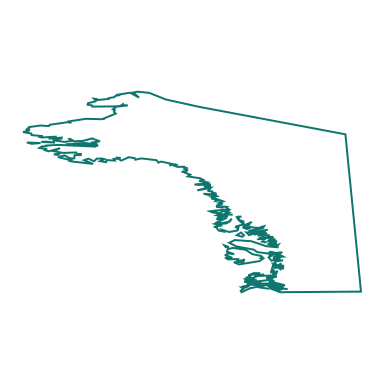 an SVG outline of Qaasuitsup Kommunia
{"feature_id": "GRL-2743", "entity_name": "Qaasuitsup Kommunia", "entity_type": "state/province", "adm_level": 1, "iso_a3": "GRL", "parent_name": "Greenland", "parent_adm1": "", "projection": "natural_earth1", "projection_center": [-56.716, 74.362], "detail": "fine", "context": "isolated", "style": "outline", "palette": "teal", "viewbox_px": 384, "rotation_deg": 0, "n_neighbors": 0, "source": "natural_earth", "source_scale": "10m", "svg_char_len": 6044}
<svg xmlns="http://www.w3.org/2000/svg" viewBox="0 0 384 384"><path d="M77.0,154.0L76.1,152.5L63.0,152.9L53.4,151.1L60.1,148.2L48.7,151.3L43.7,149.8L47.2,149.2L39.4,148.0L41.8,146.4L47.4,146.2L45.1,145.6L58.3,144.9L96.0,146.6L95.0,146.3L98.2,145.5L65.5,144.4L84.3,142.9L97.6,144.7L93.0,142.4L99.9,141.3L92.6,138.7L93.3,138.2L82.7,140.9L74.1,141.3L70.2,138.9L69.3,139.0L71.3,141.0L64.4,141.9L52.7,140.2L61.5,138.6L61.7,137.6L48.6,138.7L56.7,136.6L41.6,137.5L40.3,137.1L42.9,136.1L31.6,135.1L31.3,133.5L23.0,132.1L29.9,130.3L25.7,129.9L28.6,128.7L27.9,128.3L29.0,127.1L40.6,125.5L48.9,126.1L49.7,124.8L67.6,122.2L71.5,122.8L67.4,121.6L86.0,118.8L101.2,119.2L104.8,118.8L103.5,118.6L115.7,113.6L113.9,111.8L114.8,110.2L112.9,109.3L114.9,107.9L114.0,107.0L127.8,105.4L123.7,105.2L123.1,104.0L120.2,106.0L115.3,106.4L92.3,106.6L92.1,105.5L87.6,104.7L88.0,103.2L95.7,101.3L96.2,100.2L109.6,98.8L107.7,98.3L114.6,97.1L115.3,95.9L118.6,95.3L117.9,94.7L130.1,92.7L139.1,97.6L133.2,92.5L137.5,91.7L149.4,92.9L165.8,99.5L199.4,106.9L345.4,134.3L361.0,291.6L280.2,292.2L276.2,290.7L279.5,290.0L283.4,288.6L287.7,289.2L283.3,288.5L274.5,290.4L275.8,289.8L270.6,288.9L274.5,288.8L283.5,286.9L277.1,285.8L275.8,286.7L278.8,286.8L272.4,288.2L269.9,286.2L274.7,286.2L273.9,284.7L267.4,285.5L270.5,287.2L268.7,288.7L258.0,287.2L266.9,284.8L249.9,288.3L241.6,292.3L240.7,290.7L243.3,288.9L241.4,287.4L246.5,287.5L243.9,286.3L245.2,286.0L246.0,286.9L247.6,287.0L246.3,286.7L249.2,286.2L246.0,285.8L251.2,284.7L246.6,284.0L259.6,285.6L261.4,284.8L252.8,284.6L247.8,282.4L248.4,281.6L244.1,282.0L246.0,281.5L248.3,281.3L256.6,283.3L252.2,281.6L262.9,283.7L271.7,283.3L279.8,285.9L284.9,285.2L268.9,281.2L274.8,281.4L269.5,280.4L272.3,279.7L272.1,277.8L276.8,276.6L275.9,276.4L266.2,277.9L271.4,279.7L256.5,281.5L255.7,279.8L250.5,280.2L254.7,278.8L245.5,280.1L244.9,279.2L248.6,279.4L257.1,276.3L254.3,276.1L272.2,275.5L273.6,275.2L273.0,273.3L275.7,274.6L276.3,273.6L274.0,272.8L278.1,271.3L270.3,272.6L274.2,269.6L271.5,270.4L272.7,266.5L276.7,266.7L273.8,268.0L278.1,267.5L281.4,270.0L279.9,268.5L282.2,267.6L283.2,269.2L283.1,267.5L277.4,266.6L284.1,265.8L280.0,265.3L281.2,263.3L278.5,265.2L272.2,265.3L275.2,264.1L273.7,263.4L275.5,263.2L275.1,261.4L283.1,260.4L274.9,260.6L276.0,258.4L280.5,259.1L275.7,257.3L283.1,256.6L278.1,254.1L282.3,252.3L270.0,253.5L274.8,252.6L270.4,251.8L267.8,253.5L257.2,252.1L253.6,249.6L236.6,246.5L229.2,242.8L234.8,240.1L251.2,241.2L266.2,246.2L278.5,247.4L276.7,246.7L278.4,244.6L272.9,246.3L268.6,244.1L270.4,243.2L274.1,245.0L275.9,244.5L273.1,243.0L276.8,242.8L271.5,242.7L271.7,241.1L267.3,241.6L269.6,240.3L274.8,241.7L277.0,241.5L273.6,240.3L274.4,239.4L261.0,237.1L270.0,238.0L273.5,237.1L266.6,236.3L269.7,235.2L257.5,235.5L266.0,233.2L264.6,231.8L253.8,234.7L257.3,233.2L257.3,231.8L267.8,229.8L255.2,231.7L248.5,230.9L262.8,228.2L264.1,226.2L258.2,228.0L245.1,226.5L249.5,224.6L249.3,223.4L251.9,221.9L243.9,225.5L243.4,221.4L239.8,220.2L238.0,217.0L241.5,216.6L237.7,216.7L236.7,217.1L238.2,219.6L243.5,224.4L237.4,226.1L239.2,227.6L235.2,226.5L238.2,229.0L237.5,230.5L229.1,232.0L221.7,229.8L223.2,231.5L218.5,230.5L216.5,227.7L217.8,227.6L213.8,226.9L221.4,225.5L220.6,223.9L226.2,223.4L229.7,221.6L231.7,218.7L228.7,221.8L221.3,223.2L217.3,222.2L225.8,218.3L225.0,216.6L228.1,216.5L216.7,215.2L219.0,214.1L232.7,214.7L224.2,214.1L228.6,212.6L225.7,211.8L229.9,210.2L225.2,210.1L229.0,209.4L226.1,207.4L226.8,206.9L216.1,205.9L220.3,204.2L219.2,204.0L222.6,204.0L218.9,202.9L223.2,201.4L211.7,197.1L214.3,196.6L212.0,196.5L212.9,195.4L215.6,196.3L217.0,196.1L213.1,194.0L216.6,193.8L211.0,191.7L212.8,191.5L207.7,190.9L210.2,190.1L208.8,190.1L211.0,187.8L197.2,190.4L209.0,187.4L204.2,186.8L210.9,186.1L203.3,185.2L210.8,184.6L205.5,182.9L207.0,182.3L199.1,181.0L203.3,179.9L200.2,178.3L187.8,176.4L190.3,174.7L184.5,172.5L186.7,171.2L181.5,172.0L187.1,170.6L187.3,169.3L184.7,168.9L186.0,167.7L182.8,167.2L184.9,166.7L177.7,166.9L174.9,166.0L176.6,164.9L175.1,164.3L169.4,165.5L171.5,163.8L161.2,161.6L158.4,162.6L156.5,160.2L141.3,158.4L135.3,159.7L134.7,158.2L128.9,157.2L121.2,160.6L119.5,159.5L119.8,157.9L116.9,157.6L117.4,158.8L113.8,158.9L114.8,160.6L106.4,160.1L106.1,162.2L100.1,161.1L104.1,159.1L102.0,158.6L96.7,158.6L94.1,161.3L88.5,158.7L84.1,160.2L93.1,163.9L71.2,161.4L69.7,160.9L70.9,160.2L58.0,157.1L64.5,155.4L70.1,158.3L74.3,158.3L74.6,155.1L80.8,155.1L80.9,154.0L77.0,154.0ZM259.6,261.1L239.0,264.4L233.8,262.3L244.3,261.7L242.2,261.1L244.9,259.4L239.3,261.4L240.3,260.5L237.1,260.7L237.9,259.1L228.1,259.4L225.0,257.6L232.3,257.9L225.7,255.0L227.7,253.4L234.2,254.2L226.9,251.6L227.7,249.1L232.9,247.9L245.7,249.8L252.3,254.1L261.2,256.0L262.3,257.0L260.9,258.0L263.2,258.5L259.6,261.1ZM270.5,254.3L275.5,254.5L277.3,255.5L273.7,257.1L274.0,259.8L271.4,260.6L268.6,257.4L273.1,254.7L268.8,255.2L270.5,254.3ZM256.5,232.8L249.0,235.1L246.3,232.4L256.5,232.8ZM242.4,236.8L236.8,235.2L241.1,232.5L244.0,235.3L242.4,236.8ZM26.8,142.5L40.6,143.0L31.6,143.8L26.8,142.5ZM220.0,213.1L214.4,212.7L217.2,210.5L224.7,209.7L220.0,213.1ZM45.7,141.6L55.0,142.6L41.2,141.9L45.7,141.6ZM224.2,216.3L220.0,219.5L216.4,219.2L219.3,218.0L217.1,217.5L224.2,216.3ZM247.0,229.1L242.6,227.4L251.1,227.3L247.0,229.1ZM213.0,194.4L208.8,195.1L203.5,193.7L213.0,194.4ZM260.2,273.2L256.6,273.9L248.1,275.4L253.8,273.1L260.2,273.2ZM259.8,237.8L265.8,239.3L258.6,239.1L259.8,237.8ZM206.5,184.6L198.6,184.9L194.5,184.5L204.2,183.6L206.5,184.6ZM216.2,206.9L218.2,206.1L223.5,207.6L216.2,206.9ZM216.8,210.3L211.9,212.1L209.9,211.3L216.8,210.3ZM59.3,153.8L57.8,154.9L53.8,154.4L59.3,153.8ZM214.9,223.9L217.8,223.1L219.6,223.7L217.9,224.8L214.9,223.9ZM246.9,277.5L249.7,276.6L251.4,277.7L248.5,278.7L246.9,277.5ZM211.2,198.5L213.1,198.3L218.7,200.4L215.4,201.0L216.4,199.6L211.2,198.5ZM228.9,247.0L225.7,247.1L224.4,245.4L228.9,247.0ZM256.6,275.1L264.1,274.5L260.4,275.5L256.6,275.1ZM98.1,99.3L94.6,99.4L93.9,98.7L98.1,99.3ZM262.8,241.3L266.6,242.5L262.3,241.7L262.8,241.3Z" fill="none" stroke="#0f766e" stroke-width="2"/></svg>